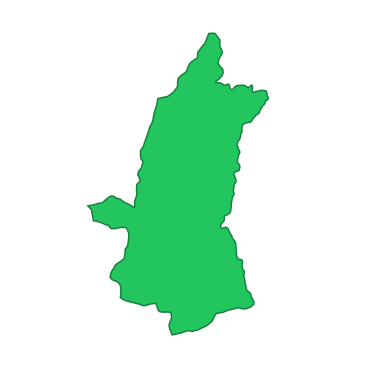 Zobel, Tashigang, Bhutan (Natural Earth projection), rotated 60°
{"feature_id": "84629894B82504764239496", "entity_name": "Zobel", "entity_type": "district", "adm_level": 2, "iso_a3": "BTN", "parent_name": "Bhutan", "parent_adm1": "Tashigang", "projection": "natural_earth1", "projection_center": [91.442, 27.065], "detail": "fine", "context": "isolated", "style": "filled", "palette": "green", "viewbox_px": 384, "rotation_deg": 60, "n_neighbors": 0, "source": "geoboundaries", "source_scale": "gbopen_adm2", "svg_char_len": 5451}
<svg xmlns="http://www.w3.org/2000/svg" viewBox="0 0 384 384"><g transform="rotate(60 192 192)"><path d="M305.7,280.8L306.3,279.1L307.8,274.6L308.8,271.5L309.4,267.7L310.0,264.8L311.7,262.9L313.2,260.5L313.5,258.7L314.0,257.0L314.3,256.2L315.0,248.0L315.0,245.0L314.0,239.3L313.0,237.9L311.5,235.6L310.0,233.4L309.4,231.4L310.1,229.5L310.8,227.9L311.7,225.2L312.5,219.2L313.8,215.5L314.4,212.7L315.6,209.5L318.6,206.4L320.3,203.3L320.9,198.1L320.2,195.4L320.0,194.5L318.8,193.6L317.7,193.3L316.3,193.1L314.9,193.1L313.3,193.1L311.6,192.9L310.9,192.5L309.9,192.1L307.6,192.4L305.2,193.4L303.7,193.5L299.6,192.2L296.6,191.2L294.2,190.2L291.6,189.4L290.0,189.0L288.4,187.3L286.8,186.4L284.0,186.7L282.4,186.1L279.9,185.0L278.2,183.4L276.7,182.7L275.1,183.1L274.0,184.9L271.3,185.7L268.6,184.9L265.4,183.1L262.3,181.9L259.6,180.4L257.4,179.6L254.4,179.8L252.8,180.2L250.9,179.9L249.3,179.4L248.1,179.7L246.5,179.7L243.5,179.3L241.8,179.2L239.6,180.0L239.1,181.7L238.6,184.2L236.4,184.9L234.7,183.1L233.7,181.0L233.0,178.7L231.6,177.5L230.0,176.7L228.9,175.6L229.1,174.1L229.4,172.7L229.2,170.6L228.6,168.9L228.0,168.3L226.5,167.0L224.1,165.2L221.3,163.5L219.4,161.8L216.8,159.7L215.9,158.0L214.5,156.3L212.1,155.9L210.3,154.6L208.6,153.3L206.3,151.4L206.1,150.5L205.2,148.7L203.2,147.8L201.3,147.4L199.4,147.2L198.0,147.0L196.6,146.4L196.1,144.5L196.8,142.2L196.8,140.5L195.4,139.0L194.2,138.0L193.0,137.4L191.4,137.4L188.9,137.8L187.5,137.1L185.4,135.2L184.0,133.8L181.6,130.8L180.0,130.2L177.9,130.3L174.9,129.7L173.0,128.8L171.3,127.2L170.6,125.3L169.2,123.0L167.8,122.1L166.6,121.1L165.7,119.9L164.7,118.6L162.9,117.6L161.0,116.5L159.4,114.9L158.9,112.3L159.5,109.8L160.2,107.8L160.8,106.4L159.9,104.0L158.7,101.7L157.9,99.2L157.4,98.1L157.3,94.6L155.9,92.8L154.9,91.8L153.8,89.6L152.8,87.9L152.3,85.6L151.6,84.4L150.2,83.1L149.9,82.0L149.9,80.2L149.0,79.1L147.6,78.7L145.3,78.4L143.3,77.5L141.5,77.3L140.0,79.1L139.3,79.9L138.7,81.0L138.3,82.2L137.9,83.3L137.5,84.6L137.3,85.7L137.0,86.5L136.8,87.5L136.2,89.0L135.3,89.5L134.4,89.4L133.5,88.6L132.1,87.6L131.2,86.9L130.1,86.6L129.4,86.7L129.2,87.8L129.5,88.5L129.8,89.6L129.7,90.7L128.7,91.7L127.7,92.2L126.8,92.7L126.3,93.0L125.4,93.8L124.7,95.0L124.3,95.9L123.9,96.7L123.5,97.3L123.2,97.9L122.9,98.6L122.6,99.3L122.3,100.5L122.3,101.8L122.6,102.8L122.9,103.7L123.4,104.7L123.5,105.8L123.2,106.5L122.0,107.1L120.6,107.1L119.0,106.4L118.2,106.2L117.3,106.2L116.5,107.2L116.3,107.9L116.3,108.7L115.9,110.2L115.5,110.9L114.9,111.2L113.7,111.6L112.9,112.1L112.2,112.6L111.4,113.2L110.9,113.9L110.5,114.5L110.1,115.8L109.3,116.6L108.6,116.6L108.2,115.6L107.8,113.5L107.7,112.3L106.3,107.7L104.2,105.3L100.8,104.0L97.1,104.8L94.1,105.3L92.1,103.9L89.8,101.4L88.0,98.3L86.6,96.1L83.6,95.3L79.6,95.0L77.3,93.7L74.2,91.8L66.5,92.7L65.5,93.6L64.4,95.4L63.6,97.4L63.1,98.2L64.9,100.4L65.8,101.6L67.6,103.7L69.5,106.5L70.1,107.6L71.0,110.4L72.0,112.7L72.7,114.3L73.5,116.2L74.1,117.4L77.2,119.4L78.5,120.0L78.7,122.9L78.9,125.9L79.0,127.5L79.2,128.3L80.1,130.5L81.4,132.5L82.8,134.1L84.5,136.0L84.9,137.2L85.2,138.7L85.4,140.7L85.7,143.7L86.1,145.2L86.4,146.4L86.9,147.4L88.4,148.4L90.0,149.8L91.9,150.8L93.0,151.6L94.2,153.1L94.7,154.5L95.3,155.9L95.9,157.5L96.4,159.4L96.8,161.9L97.0,165.4L95.6,169.9L94.5,173.1L94.1,174.9L98.8,178.9L99.5,179.5L104.1,184.7L104.6,185.2L108.7,188.7L111.2,190.8L112.8,193.1L113.7,194.6L114.1,195.4L121.7,203.8L125.5,208.4L128.0,211.1L129.1,213.2L130.3,215.9L131.9,216.7L135.2,218.7L138.4,219.7L139.9,219.3L141.0,219.1L142.8,220.8L145.6,223.6L146.5,225.4L147.0,227.2L147.4,228.0L148.3,228.5L148.8,229.2L149.3,229.8L150.0,230.4L151.7,230.4L153.3,230.6L156.2,231.0L156.8,232.3L157.3,234.5L157.9,235.9L159.6,237.3L163.8,239.7L166.3,240.7L168.5,242.9L169.9,244.8L171.6,246.5L173.8,247.8L176.3,248.8L176.6,249.5L174.5,250.9L171.9,252.3L170.2,253.5L169.1,254.3L167.3,255.6L166.5,256.0L165.9,256.3L162.3,257.8L159.7,260.4L159.2,260.9L156.8,261.7L155.9,262.8L155.3,263.4L154.9,264.7L154.9,265.8L155.1,266.9L155.1,268.0L155.2,269.0L155.5,270.3L155.6,271.2L155.9,272.4L156.1,273.2L156.4,274.2L156.5,274.9L156.4,275.7L155.8,276.7L155.4,277.5L155.1,278.5L154.7,280.1L154.5,281.3L154.2,282.6L153.9,283.8L153.5,284.8L153.2,285.9L152.9,286.5L152.4,287.6L152.0,289.1L156.8,287.9L158.1,288.4L158.9,288.7L162.7,289.9L165.1,290.8L166.7,291.6L167.5,291.8L169.9,289.0L171.4,287.5L171.9,287.0L173.1,286.0L174.1,285.3L174.9,284.7L177.5,282.8L178.5,281.7L179.1,281.0L181.1,280.7L183.2,280.4L185.3,276.9L187.2,270.8L190.1,266.7L191.9,266.8L195.0,267.2L197.2,267.9L198.9,268.9L201.6,270.9L203.6,272.4L206.5,274.7L208.1,278.4L211.6,280.6L213.8,282.7L215.5,283.3L216.1,286.0L216.5,289.9L216.6,292.8L217.1,295.2L219.2,298.3L220.0,300.3L221.8,302.9L225.3,305.7L226.4,305.2L227.2,305.2L228.3,304.8L229.2,304.1L230.1,303.5L231.0,302.8L231.7,302.0L232.9,301.4L234.2,301.0L236.1,300.8L238.0,301.1L239.7,301.9L241.6,303.0L243.9,304.0L245.6,305.1L247.1,306.6L248.0,306.7L248.8,306.2L250.3,305.5L252.2,304.3L253.9,302.8L256.2,300.5L258.3,298.3L260.5,296.1L262.4,294.0L264.1,292.7L266.0,291.2L266.9,289.6L267.4,287.9L267.9,285.4L268.3,283.8L268.9,282.2L269.6,280.7L270.5,278.9L274.1,279.7L275.8,280.1L277.3,280.3L278.6,280.1L279.7,279.6L281.0,277.8L281.7,277.1L282.7,275.0L283.6,273.4L284.6,271.9L285.5,270.7L287.7,271.2L289.4,271.8L290.2,272.2L291.9,274.0L293.5,275.9L294.9,277.6L296.2,278.6L297.2,279.1L298.5,279.3L300.0,279.9L302.6,280.1L305.7,280.8Z" fill="#22c55e" stroke="#15803d" stroke-width="1.5"/></g></svg>